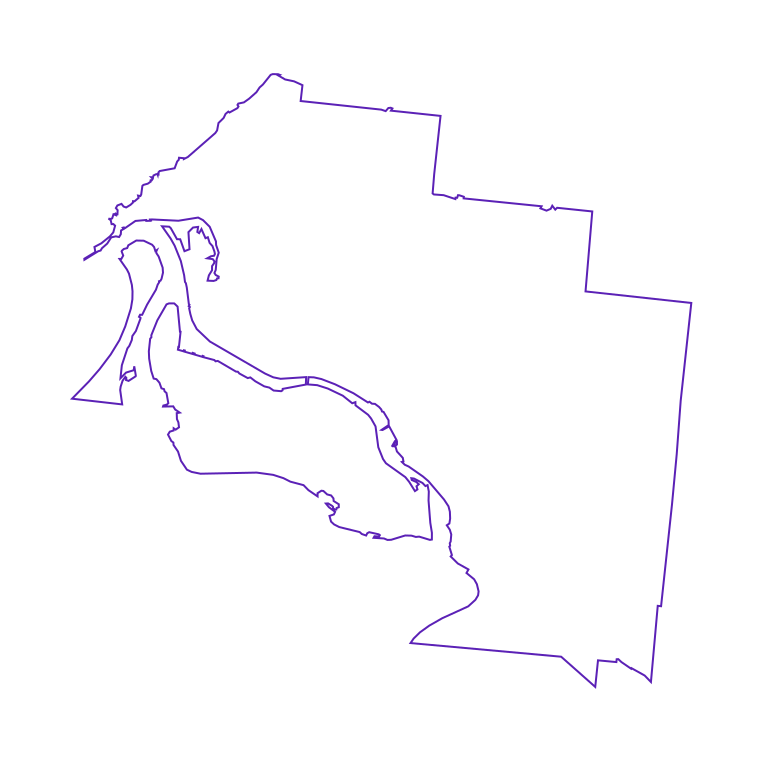 the district of Newcastle, New South Wales, Australia, rotated 176°
{"feature_id": "25037944B69528063359333", "entity_name": "Newcastle", "entity_type": "district", "adm_level": 2, "iso_a3": "AUS", "parent_name": "Australia", "parent_adm1": "New South Wales", "projection": "albers", "projection_center": [151.75, -32.876], "detail": "fine", "context": "isolated", "style": "outline", "palette": "violet", "viewbox_px": 768, "rotation_deg": 176, "n_neighbors": 0, "source": "geoboundaries", "source_scale": "gbopen_adm2", "svg_char_len": 6140}
<svg xmlns="http://www.w3.org/2000/svg" viewBox="0 0 768 768"><g transform="rotate(176 384 384)"><path d="M89.2,346.6L71.8,443.4L176.5,462.3L164.2,541.6L199.0,547.7L201.0,546.0L203.7,550.1L205.5,547.1L209.8,545.6L215.7,548.3L214.4,550.3L291.6,563.6L291.3,565.2L295.7,567.0L297.0,567.2L298.0,564.7L299.6,564.9L299.9,563.5L311.3,568.2L321.0,569.6L322.2,570.7L319.3,589.8L308.9,647.5L358.0,656.2L356.4,658.3L358.0,659.1L360.4,659.0L363.3,656.1L367.6,657.9L447.4,672.1L444.5,687.8L452.6,692.2L461.4,694.7L468.0,699.2L466.5,699.7L468.0,700.4L473.4,700.9L475.5,700.3L483.9,691.2L487.4,688.5L490.9,684.0L498.7,678.0L504.1,674.7L509.8,673.9L510.7,672.6L509.8,671.0L511.0,669.4L519.2,665.6L520.3,666.6L523.2,664.5L525.4,660.6L530.9,655.9L532.8,648.6L534.8,646.1L563.9,624.1L567.9,622.4L567.8,623.2L572.7,624.0L573.1,622.0L574.8,620.4L577.8,613.8L592.9,612.1L594.1,611.0L594.3,608.9L594.9,609.2L595.1,608.3L595.4,609.3L596.9,609.1L599.4,608.1L600.0,606.3L601.8,606.5L600.4,604.8L601.5,603.4L602.6,603.5L602.9,602.4L602.0,602.5L605.7,600.3L610.1,599.4L611.2,598.5L613.0,589.9L613.9,588.5L616.2,589.1L615.8,586.8L620.2,583.6L621.6,583.9L621.8,582.5L624.4,580.4L628.9,578.1L631.4,579.2L633.3,582.0L637.5,580.7L639.2,578.2L637.6,576.0L638.1,571.7L638.9,571.5L639.9,572.8L640.5,572.5L640.1,571.3L642.0,572.2L643.6,568.2L645.2,567.7L647.3,568.2L645.2,566.5L644.6,562.5L642.8,562.4L641.2,560.7L643.5,554.1L647.1,550.4L656.1,544.1L663.3,540.9L662.7,535.8L674.2,529.9L674.2,528.8L659.8,536.4L657.4,536.9L655.9,539.1L650.3,543.4L645.9,549.3L641.2,550.0L638.0,549.1L636.1,551.8L635.6,555.5L632.9,556.8L633.7,558.1L632.6,558.3L632.3,557.2L631.2,557.7L620.6,564.0L609.8,564.2L609.8,563.3L605.2,563.1L604.2,563.5L605.9,563.6L606.0,564.4L603.6,564.3L577.7,561.2L557.8,563.0L553.1,560.1L546.9,553.0L541.7,538.0L541.8,534.4L539.7,526.5L542.2,520.3L543.9,509.5L545.4,506.6L544.3,504.5L541.4,502.7L541.7,501.0L543.1,501.0L544.0,499.4L546.8,498.7L552.8,499.4L551.1,504.6L547.6,509.5L547.3,513.6L545.1,516.3L544.6,518.2L546.1,520.5L551.6,521.7L547.7,523.5L544.6,523.8L543.6,525.5L543.9,527.9L545.5,533.6L548.1,536.9L549.5,542.7L551.9,541.9L555.3,551.3L557.9,547.4L559.6,548.7L558.5,553.7L563.6,553.4L568.5,549.1L568.6,532.0L573.8,530.4L577.2,542.6L580.4,542.9L585.8,554.3L587.3,555.9L594.4,556.8L586.7,544.0L583.2,536.6L578.1,520.8L575.8,506.5L575.4,499.7L574.6,498.3L574.0,494.0L573.1,477.3L572.5,476.6L573.4,475.3L572.3,474.3L573.1,473.1L572.3,467.3L570.9,460.8L567.0,451.9L554.7,438.5L501.9,402.7L494.0,398.4L486.8,396.4L461.2,396.3L462.0,388.9L485.4,386.2L485.7,384.7L487.1,384.0L494.6,385.2L498.6,388.4L503.6,390.0L512.2,395.7L516.9,399.9L519.5,399.4L527.6,404.6L528.9,406.4L530.8,406.7L548.2,418.6L550.5,418.4L551.5,419.7L562.4,423.4L562.1,424.3L563.0,424.7L563.4,423.8L571.2,426.7L570.8,427.6L572.7,428.4L573.1,427.4L580.8,430.2L580.4,431.3L581.3,431.6L581.7,430.6L587.2,432.6L586.6,435.3L586.0,435.1L583.3,450.3L583.9,450.4L584.5,475.6L587.6,479.0L592.9,479.4L595.4,478.6L605.7,463.3L612.7,448.9L612.8,446.8L614.1,445.5L616.3,433.1L616.5,425.6L615.3,413.3L613.4,405.5L610.7,404.7L609.2,402.7L607.9,400.9L606.3,395.2L603.8,394.2L603.4,392.0L601.6,390.2L600.5,379.9L602.0,378.6L605.6,377.9L606.0,376.9L595.8,376.4L594.1,373.1L589.8,369.7L592.8,369.4L593.0,363.4L591.8,360.1L591.5,355.1L595.0,353.0L596.9,354.5L597.1,352.3L601.0,351.4L603.0,348.6L600.1,341.9L598.2,340.3L598.2,337.8L594.2,331.0L591.9,321.5L586.6,312.3L582.0,309.7L573.3,307.3L517.2,304.5L500.9,301.1L490.9,297.1L484.2,293.1L471.3,288.7L466.8,283.4L458.1,276.5L457.9,279.7L453.9,281.9L451.9,281.5L448.4,277.8L444.5,276.5L442.4,273.4L442.4,270.8L437.5,267.2L437.7,264.2L439.9,263.6L440.3,262.1L441.6,262.1L443.5,263.6L443.4,265.0L444.2,266.0L448.1,268.8L450.3,268.8L447.5,264.9L441.7,259.9L443.1,257.4L447.6,256.2L446.4,250.4L443.6,247.4L438.6,244.4L418.6,238.0L416.6,235.9L412.4,234.1L411.1,236.3L409.1,237.2L399.7,234.4L398.7,233.5L399.6,232.2L404.1,232.8L405.1,231.3L394.8,229.9L391.4,228.2L387.7,228.1L373.4,231.4L367.1,230.8L362.9,229.2L359.6,229.3L349.1,225.3L347.1,225.5L346.6,232.2L347.5,242.3L347.7,264.7L346.8,273.6L347.6,280.1L349.8,279.3L352.5,282.6L360.7,287.6L363.3,288.1L363.0,286.3L358.6,284.0L356.3,281.6L358.7,279.7L358.0,276.5L360.6,275.0L365.7,284.6L369.2,289.6L387.6,304.8L390.2,309.2L394.1,321.3L395.4,342.3L399.3,350.5L402.0,354.4L413.9,364.7L413.8,367.9L417.0,367.0L425.9,375.2L440.4,383.4L450.7,387.5L460.0,388.9L458.8,396.1L453.4,395.5L446.1,393.3L433.0,387.2L415.1,376.9L401.3,366.7L399.7,367.3L397.4,365.2L394.4,364.8L390.5,361.4L388.5,358.8L387.9,356.7L386.4,356.2L382.0,347.5L382.2,342.7L389.6,338.4L388.7,338.2L381.8,341.4L375.5,327.5L377.1,326.2L380.6,321.0L378.1,322.5L376.6,325.5L375.1,325.7L375.3,322.7L377.9,321.0L376.9,320.7L375.8,315.8L370.4,309.0L370.0,305.4L371.6,305.0L368.9,302.0L365.2,300.0L351.7,289.1L346.4,283.9L332.2,264.6L328.2,257.5L327.2,252.0L327.4,245.2L328.5,240.3L331.2,238.7L328.5,234.0L327.4,229.2L328.5,222.2L329.5,220.6L329.3,218.0L330.2,217.2L328.2,208.6L329.5,207.3L322.9,199.8L312.7,193.1L314.9,189.7L307.7,182.9L305.3,177.8L304.1,170.5L304.9,166.6L307.9,162.3L315.5,156.3L342.2,146.3L355.7,139.8L365.4,133.8L372.2,128.0L375.6,123.7L226.3,99.6L194.4,67.1L189.8,93.4L171.6,90.4L171.1,93.2L169.5,93.2L166.5,90.0L157.3,82.7L157.0,83.3L144.3,75.0L138.5,68.1L126.4,143.6L123.1,143.0L105.1,243.8L96.9,293.5L89.2,346.6ZM646.6,381.9L647.6,396.4L646.9,399.7L644.5,405.6L641.5,409.2L640.6,408.1L641.1,406.0L638.6,404.9L631.2,409.0L631.0,409.8L631.9,419.1L632.7,415.2L640.5,413.4L646.5,408.1L644.2,421.0L637.5,437.4L635.4,439.8L632.5,445.5L631.7,449.4L627.8,454.2L622.4,466.2L622.3,467.1L623.7,468.1L622.5,470.1L620.4,469.9L614.8,479.7L604.9,494.0L602.8,499.0L601.2,501.1L601.3,502.2L599.8,502.6L598.6,504.4L596.7,510.5L596.7,515.5L599.9,526.9L601.9,530.4L602.0,532.0L601.2,533.5L602.8,532.6L603.8,536.7L605.6,539.1L613.7,543.7L621.1,544.4L629.4,540.2L630.7,537.5L634.2,536.8L636.2,535.2L636.5,534.6L635.2,530.3L637.3,527.1L639.1,527.2L632.5,516.2L630.7,511.9L628.6,500.4L628.4,494.0L629.1,486.0L631.2,477.1L638.1,459.5L644.9,446.1L654.6,432.5L666.7,418.6L678.2,407.1L696.2,391.1L646.6,381.9Z" fill="none" stroke="#5b21b6" stroke-width="2"/></g></svg>